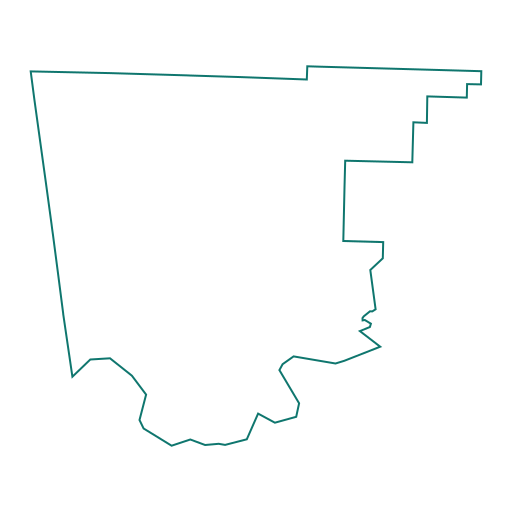 outline of Crawford, Arkansas, United States of America
{"feature_id": "52423323B545411729976", "entity_name": "Crawford", "entity_type": "district", "adm_level": 2, "iso_a3": "USA", "parent_name": "United States of America", "parent_adm1": "Arkansas", "projection": "mercator", "projection_center": [-94.179, 35.559], "detail": "fine", "context": "isolated", "style": "outline", "palette": "teal", "viewbox_px": 512, "rotation_deg": 0, "n_neighbors": 0, "source": "geoboundaries", "source_scale": "gbopen_adm2", "svg_char_len": 913}
<svg xmlns="http://www.w3.org/2000/svg" viewBox="0 0 512 512"><path d="M428.3,69.7L320.6,66.7L307.3,66.3L306.8,79.5L241.1,77.1L189.7,75.5L187.8,75.4L109.9,73.1L30.7,71.4L34.3,99.0L34.7,101.9L45.9,182.8L51.5,223.9L52.1,228.6L52.3,230.1L52.9,234.3L58.0,273.3L63.2,313.6L63.2,314.0L72.4,376.7L90.3,359.5L110.0,358.3L131.9,375.7L146.1,394.6L139.5,420.0L143.6,428.5L171.6,445.7L190.3,439.5L205.1,445.0L218.7,443.8L225.1,444.9L246.8,439.3L258.1,413.6L274.9,422.7L296.2,416.8L299.1,403.3L279.4,370.1L282.6,364.2L293.6,356.4L335.5,363.5L344.3,360.8L380.2,346.7L359.9,331.1L369.9,327.0L370.9,323.7L364.8,320.0L362.6,320.4L362.5,318.1L363.7,316.4L370.0,311.3L372.3,311.4L375.6,309.3L370.3,270.0L382.8,258.3L383.2,242.1L343.3,241.0L344.5,187.5L345.2,160.7L412.3,162.3L413.4,122.3L426.9,122.9L427.3,96.4L466.8,97.6L467.1,84.1L481.0,84.4L481.3,71.2L467.3,70.8L428.3,69.7Z" fill="none" stroke="#0f766e" stroke-width="2"/></svg>